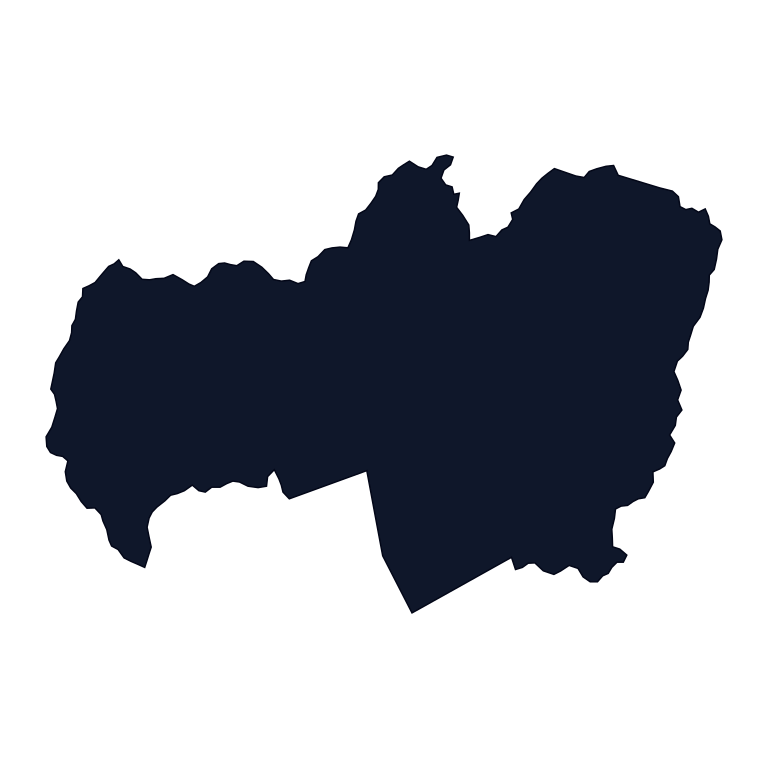 Angelina, Santa Catarina, Brazil
{"feature_id": "56859067B60801601029552", "entity_name": "Angelina", "entity_type": "district", "adm_level": 2, "iso_a3": "BRA", "parent_name": "Brazil", "parent_adm1": "Santa Catarina", "projection": "natural_earth1", "projection_center": [-49.081, -27.547], "detail": "fine", "context": "isolated", "style": "filled", "palette": "ink", "viewbox_px": 768, "rotation_deg": 0, "n_neighbors": 0, "source": "geoboundaries", "source_scale": "gbopen_adm2", "svg_char_len": 3049}
<svg xmlns="http://www.w3.org/2000/svg" viewBox="0 0 768 768"><path d="M623.3,562.2L626.8,555.1L619.8,549.1L612.6,546.8L612.3,537.9L611.8,529.2L614.4,518.4L615.5,509.0L621.1,506.1L627.6,505.4L632.9,501.6L638.3,498.8L644.8,497.7L648.3,491.7L653.3,482.2L652.9,471.9L659.6,469.0L664.8,465.7L667.4,458.5L671.2,451.5L674.7,443.0L669.6,435.0L675.3,425.4L676.4,417.1L681.9,410.0L677.6,399.9L681.1,390.1L677.8,380.4L673.9,371.6L677.4,361.1L682.6,356.2L687.8,349.4L688.3,342.2L690.6,335.1L693.3,326.3L700.0,317.3L703.4,308.2L705.5,298.6L708.1,290.3L709.1,282.2L709.3,275.1L714.2,269.5L716.5,259.1L717.8,249.2L721.9,239.8L720.2,231.0L715.0,226.9L709.8,223.8L708.4,216.3L705.2,208.9L698.5,212.2L691.9,208.3L685.8,209.6L680.0,206.6L678.4,196.7L672.4,191.1L659.7,187.9L618.2,175.3L613.6,165.5L606.0,166.3L596.7,168.8L589.2,171.5L584.2,177.5L575.8,176.0L554.4,168.6L548.0,173.3L541.9,178.2L536.6,183.8L530.6,192.1L524.2,199.5L518.8,209.0L511.2,212.9L512.7,219.4L507.9,227.2L501.9,229.9L496.0,236.6L488.0,234.6L479.9,237.3L469.4,240.4L469.4,232.8L468.8,225.0L462.7,215.3L456.6,207.3L458.1,200.6L459.3,193.2L453.8,194.3L452.1,186.9L445.7,184.9L441.0,178.2L443.9,170.0L450.5,164.8L453.2,157.1L446.5,155.1L437.0,157.4L432.0,165.5L426.2,169.3L418.1,166.8L409.4,161.2L403.6,164.8L398.4,168.3L392.3,175.0L384.2,176.8L378.4,182.7L378.3,189.4L375.7,196.3L370.9,203.3L365.7,210.0L358.6,213.9L356.0,221.2L354.4,229.9L351.4,239.9L347.9,247.8L340.0,247.1L332.0,247.9L324.8,249.6L318.0,256.7L311.4,260.8L308.7,267.7L306.2,274.8L305.0,281.5L298.0,283.6L289.6,280.2L281.3,281.1L273.5,279.5L268.5,273.7L261.8,267.2L253.3,261.5L243.9,261.2L236.8,265.7L230.4,264.6L224.6,263.0L218.7,263.6L211.7,268.8L207.6,276.9L200.9,282.5L194.3,286.3L188.9,284.0L182.3,279.8L173.0,274.6L164.1,278.3L156.0,278.7L149.6,279.8L142.1,279.3L135.7,272.8L130.1,269.0L122.8,266.5L118.8,259.8L114.1,263.9L108.7,266.4L104.1,271.7L99.7,276.9L95.1,282.5L89.0,285.8L82.9,288.5L82.5,296.8L78.2,302.1L76.5,311.0L75.4,319.3L71.9,325.6L71.6,332.7L69.5,340.6L63.8,348.8L59.5,356.5L55.7,362.8L54.2,373.0L52.5,381.1L50.8,389.1L54.5,394.3L56.2,401.7L57.5,408.6L54.9,417.4L51.8,427.2L46.1,436.8L46.8,446.5L50.5,452.5L56.5,455.3L62.7,456.4L67.9,460.9L65.3,471.7L66.8,481.1L70.7,488.0L76.3,493.6L81.2,501.5L87.0,508.2L94.9,507.9L101.2,514.6L103.0,521.1L106.8,529.6L109.0,540.1L111.6,546.0L118.1,549.5L124.1,557.9L131.1,561.4L137.8,564.3L144.7,567.4L147.0,560.3L149.1,553.5L151.2,547.1L149.1,537.3L147.1,527.2L149.1,518.0L152.2,512.0L156.9,507.1L164.9,500.8L170.6,495.2L177.2,493.6L184.4,490.7L192.3,485.1L198.9,490.7L205.3,492.1L211.7,487.2L220.1,487.2L226.7,483.6L232.8,481.1L239.5,482.0L248.0,486.2L258.1,487.6L266.5,486.2L267.6,476.6L274.3,469.7L278.9,478.8L281.3,485.1L283.0,492.1L289.3,498.8L366.8,470.6L376.3,521.6L382.7,555.8L412.0,612.9L511.5,557.3L515.5,569.5L522.4,567.4L528.2,563.2L534.9,562.9L543.3,570.8L553.9,574.4L560.6,571.0L569.1,565.4L578.0,568.4L583.1,576.9L590.2,581.8L597.5,581.8L602.7,575.8L608.2,573.4L611.8,567.4L617.0,562.2L623.3,562.2Z" fill="#0f172a" stroke="#020617" stroke-width="1.5"/></svg>